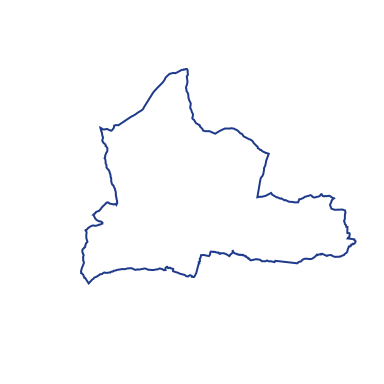 Zetea, Harghita, Romania (Mercator projection), rotated 247°
{"feature_id": "2599482B1529970343685", "entity_name": "Zetea", "entity_type": "district", "adm_level": 2, "iso_a3": "ROU", "parent_name": "Romania", "parent_adm1": "Harghita", "projection": "mercator", "projection_center": [25.451, 46.47], "detail": "fine", "context": "isolated", "style": "outline", "palette": "blue", "viewbox_px": 384, "rotation_deg": 247, "n_neighbors": 0, "source": "geoboundaries", "source_scale": "gbopen_adm2", "svg_char_len": 5997}
<svg xmlns="http://www.w3.org/2000/svg" viewBox="0 0 384 384"><g transform="rotate(247 192 192)"><path d="M128.6,316.6L129.5,317.1L130.5,319.1L130.7,320.3L130.9,320.2L131.4,319.2L134.7,317.2L135.4,315.3L135.5,314.1L136.4,312.9L136.4,311.9L137.3,310.7L139.3,310.5L139.5,310.0L138.4,307.9L138.4,306.3L138.8,304.8L139.0,302.8L139.8,301.5L140.7,300.9L141.9,300.7L142.8,299.8L143.0,297.1L143.5,293.9L143.0,292.2L143.0,289.5L143.1,288.8L143.5,288.0L141.0,285.7L142.3,282.5L143.3,281.1L145.3,277.3L148.0,275.0L148.1,274.0L151.3,271.6L151.4,270.6L153.6,268.8L153.9,267.9L158.2,264.8L160.2,264.5L159.7,258.1L160.4,254.1L161.1,252.7L161.6,250.1L176.4,259.6L178.1,260.9L179.3,263.2L180.6,264.6L184.8,267.3L185.7,267.5L188.1,270.1L192.0,272.7L197.2,277.6L199.1,275.4L199.1,275.1L199.7,274.8L201.6,273.0L203.8,271.9L204.0,271.3L205.7,270.5L206.6,269.7L208.2,270.1L208.8,269.6L213.1,267.9L215.0,267.7L216.9,266.7L217.5,266.2L217.8,265.6L223.1,261.2L225.5,260.9L226.2,260.5L227.1,259.4L230.2,258.3L232.0,257.1L232.8,256.1L233.7,255.7L235.3,253.2L235.5,252.7L235.4,252.2L237.6,247.0L237.4,241.4L236.6,236.1L241.2,231.8L242.7,228.1L244.3,226.2L246.1,226.2L249.2,224.9L249.7,225.2L250.6,225.1L251.1,224.5L251.5,224.4L253.4,222.8L254.2,222.5L257.4,222.1L259.0,221.2L259.5,221.1L260.0,221.2L261.9,222.7L263.4,223.3L265.7,223.1L267.6,223.4L270.1,223.2L274.1,225.5L276.7,225.3L279.8,225.5L283.5,226.7L284.6,226.8L287.3,226.4L289.1,227.1L290.0,227.1L291.0,227.6L292.7,229.2L295.1,230.9L300.4,232.3L301.4,234.0L304.3,234.9L305.4,235.5L307.1,235.4L307.6,234.5L307.7,233.9L307.5,233.5L308.0,232.4L307.9,231.7L308.4,230.2L307.9,224.9L307.9,222.9L308.9,221.5L309.5,217.4L308.4,214.3L307.5,212.2L306.2,210.9L304.3,207.9L301.2,200.3L298.9,195.4L289.3,181.6L287.6,179.5L287.2,178.7L286.8,177.1L286.3,173.5L285.4,169.4L285.0,164.9L282.2,150.3L283.3,148.2L283.5,146.3L281.6,145.1L280.1,142.5L280.0,141.4L283.3,138.3L283.7,136.2L284.6,134.1L285.6,133.8L286.9,132.8L283.5,132.2L281.9,132.3L281.1,132.0L278.2,131.4L277.0,131.5L274.5,129.5L272.8,129.5L272.4,129.8L271.5,129.8L269.8,130.8L268.3,130.8L268.0,130.5L267.6,130.9L265.3,131.2L262.7,130.0L262.0,129.2L261.7,128.5L259.2,126.1L258.3,125.9L258.0,125.4L257.1,124.7L256.6,125.0L254.8,124.7L252.1,123.7L250.1,123.8L248.1,122.9L246.4,123.2L244.9,123.9L242.4,124.0L241.1,123.6L240.2,123.8L237.4,122.9L236.7,123.1L232.9,121.7L230.4,121.5L229.5,121.7L228.9,122.2L227.3,122.1L225.1,122.3L224.1,121.9L223.5,122.1L220.7,121.5L219.9,121.0L218.7,120.8L218.0,120.3L216.1,120.3L215.4,119.8L212.9,119.6L212.3,119.1L211.2,119.0L210.4,117.9L209.9,117.7L209.7,117.4L210.4,117.4L211.1,116.6L210.9,115.8L211.1,115.0L211.7,114.4L213.5,111.7L215.0,110.8L214.9,110.5L215.6,109.8L215.5,108.7L215.0,108.0L213.0,102.8L212.1,101.6L211.4,99.9L211.0,99.4L211.1,99.1L211.0,98.8L211.1,96.0L210.7,95.4L210.6,94.8L210.1,94.4L210.0,93.3L209.5,92.1L209.2,92.4L206.0,92.5L203.7,93.1L201.5,94.9L200.2,96.9L198.8,97.6L198.0,97.2L198.2,96.7L197.9,95.6L197.9,94.6L198.3,93.5L198.1,92.9L198.3,91.4L198.7,89.6L199.9,87.8L200.0,86.5L199.9,84.6L199.5,82.9L199.6,82.7L198.4,80.3L198.6,79.7L198.4,79.0L196.6,79.3L195.8,79.1L193.4,77.7L190.7,76.7L187.1,76.3L186.7,75.9L186.4,74.7L184.7,73.1L183.5,72.4L183.1,71.5L182.9,71.6L182.1,69.3L181.3,68.3L179.2,67.5L178.0,67.8L177.5,67.5L176.1,67.6L174.6,66.2L173.3,66.0L172.6,65.5L171.3,65.0L170.3,65.2L168.8,64.7L164.9,60.8L162.4,58.9L161.7,58.6L161.1,58.7L160.6,58.3L160.3,58.7L158.4,59.5L155.2,59.4L155.2,59.7L154.9,60.0L148.2,61.2L150.4,65.9L150.7,67.5L151.4,68.7L151.3,71.4L151.8,73.3L151.7,74.1L152.2,75.1L151.7,77.1L152.2,79.2L152.0,80.2L151.4,80.8L150.8,82.0L150.1,84.9L149.8,85.3L150.2,86.3L149.7,88.1L150.1,89.0L149.6,91.0L149.6,92.3L148.6,96.7L148.2,97.6L148.2,98.2L147.3,99.6L146.8,103.0L146.1,104.8L145.9,105.8L144.9,107.2L143.6,108.2L142.3,109.7L142.1,111.7L141.6,112.2L141.2,113.2L140.1,118.5L139.5,119.5L137.5,121.3L137.4,122.0L136.7,122.9L135.3,125.9L134.6,129.2L134.2,130.1L134.3,132.4L132.5,134.6L131.1,135.5L131.0,135.9L130.5,137.1L131.4,137.2L132.6,138.2L132.9,139.3L132.8,140.0L131.3,140.2L131.1,140.5L131.0,142.1L129.9,142.7L129.6,143.5L128.5,144.6L126.7,143.6L126.1,144.0L123.0,147.7L121.7,148.7L118.4,153.0L116.8,153.7L115.8,155.4L116.1,156.5L116.2,157.7L114.9,159.0L114.0,158.7L113.1,160.2L113.0,160.9L115.7,164.2L123.2,170.0L123.3,170.8L123.8,171.0L124.8,170.8L125.2,172.3L127.6,173.1L128.2,174.2L130.3,175.6L129.5,178.1L126.4,182.5L127.3,184.1L129.2,185.2L129.8,186.2L128.6,188.0L128.6,188.5L128.3,188.6L127.7,190.1L126.9,190.6L126.1,192.3L125.7,192.4L125.7,192.8L124.3,193.2L124.1,193.6L124.5,194.5L124.0,195.2L123.3,197.2L121.3,199.3L118.4,201.3L118.7,202.1L119.2,202.4L120.3,205.7L121.9,206.4L121.9,206.6L120.1,206.7L118.5,207.6L117.6,209.0L117.0,209.2L116.7,210.0L116.2,210.1L115.9,211.0L115.4,211.3L115.3,212.2L114.8,212.5L114.6,213.7L114.1,213.8L114.0,214.5L113.6,214.6L112.6,215.8L112.1,215.8L111.9,216.3L111.5,216.7L110.9,216.6L109.5,217.9L109.1,217.7L108.8,218.2L108.2,218.2L107.8,218.7L106.3,219.1L106.0,220.0L105.1,224.9L104.7,225.3L104.0,226.7L102.9,228.3L101.1,229.1L99.6,232.4L99.5,233.0L99.7,233.7L99.5,234.5L98.2,235.5L97.4,237.6L95.2,240.5L95.5,241.2L96.1,241.8L85.2,261.1L85.8,262.5L85.8,263.9L85.5,265.4L86.4,266.9L86.6,269.1L86.0,271.2L84.4,273.8L83.7,275.9L83.7,276.8L84.3,279.8L85.5,282.5L84.9,282.6L84.7,286.2L84.0,286.4L84.3,287.6L80.4,291.2L80.6,292.4L79.6,295.5L78.0,296.5L76.4,298.3L75.4,301.1L74.9,301.9L74.9,303.0L74.5,303.5L74.8,304.9L74.6,306.3L74.7,307.6L75.3,308.3L75.6,310.4L76.6,311.8L78.4,313.0L80.5,315.1L80.3,315.4L80.5,315.8L80.2,316.1L80.1,316.8L80.7,317.5L81.4,318.0L81.1,318.9L81.5,319.8L80.9,320.2L81.2,321.7L81.8,322.6L82.7,323.3L83.2,323.3L84.0,322.7L84.9,323.0L87.6,318.7L88.4,317.1L89.0,317.8L89.0,318.3L89.4,319.4L91.2,320.6L92.6,320.8L93.4,319.0L93.7,319.0L99.1,321.4L99.7,320.4L101.7,320.7L102.9,320.2L104.7,320.7L105.9,320.6L107.5,322.2L110.6,323.5L112.6,324.7L112.7,325.1L115.1,325.7L117.1,323.6L119.8,316.5L122.2,313.8L126.3,314.0L128.6,316.6Z" fill="none" stroke="#1e3a8a" stroke-width="2"/></g></svg>